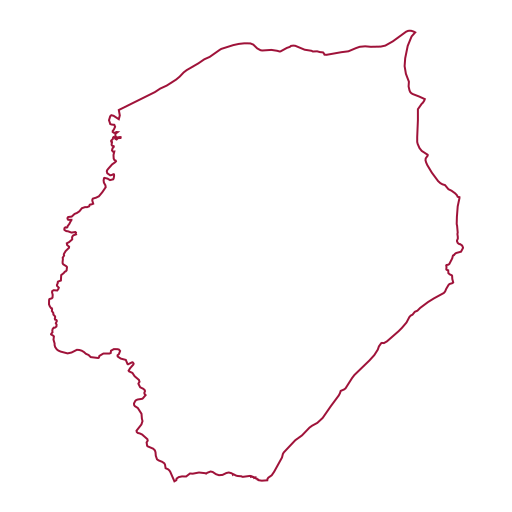 the district of Lospalos, Lautém, East Timor
{"feature_id": "22284137B26175223982630", "entity_name": "Lospalos", "entity_type": "district", "adm_level": 2, "iso_a3": "TLS", "parent_name": "East Timor", "parent_adm1": "Lautém", "projection": "orthographic", "projection_center": [126.99, -8.54], "detail": "fine", "context": "isolated", "style": "outline", "palette": "rose", "viewbox_px": 512, "rotation_deg": 0, "n_neighbors": 0, "source": "geoboundaries", "source_scale": "gbopen_adm2", "svg_char_len": 5933}
<svg xmlns="http://www.w3.org/2000/svg" viewBox="0 0 512 512"><path d="M174.4,481.3L176.3,480.2L176.6,478.6L178.7,477.1L182.0,476.4L186.1,476.5L190.0,473.5L192.7,473.7L199.0,472.5L205.3,473.2L206.1,473.6L207.2,472.8L210.6,471.5L212.7,472.0L216.0,474.2L219.0,475.2L222.5,474.9L226.4,473.0L228.8,472.5L231.4,473.2L232.9,474.1L233.0,474.7L233.6,474.3L236.1,475.6L237.7,476.0L241.4,476.3L242.3,476.8L243.2,476.8L250.0,475.9L250.7,476.0L250.9,476.7L251.6,476.3L252.4,476.6L252.2,476.9L254.7,477.4L254.6,477.7L255.2,477.5L255.1,478.0L255.8,478.1L256.1,478.6L256.9,478.7L257.5,479.6L258.3,479.6L258.6,480.2L261.8,480.7L267.3,480.3L267.5,478.9L268.3,477.7L271.7,475.3L274.1,471.8L282.0,457.5L282.9,453.9L283.8,452.4L295.3,440.2L302.0,435.4L309.5,427.6L312.1,425.7L317.3,422.9L322.7,417.9L330.8,406.2L338.8,395.4L339.9,393.3L340.7,390.9L344.0,389.5L345.5,388.4L352.1,378.0L354.4,375.0L369.4,360.5L374.3,355.1L377.8,349.6L378.9,346.4L381.2,343.2L381.9,342.9L383.9,343.1L386.9,341.4L398.5,331.3L401.9,327.9L406.5,322.5L409.4,317.0L410.8,315.5L412.5,314.7L414.8,311.8L417.4,310.7L420.2,307.9L428.1,302.0L433.9,298.4L443.8,293.0L445.1,291.5L446.2,288.9L448.5,285.0L449.5,284.0L452.5,283.1L453.2,282.4L452.3,279.0L452.1,275.8L451.8,275.3L449.8,274.4L448.4,273.2L448.2,270.3L446.6,269.8L446.3,269.3L446.5,266.9L446.2,265.6L446.5,265.0L448.3,264.7L449.3,264.0L452.2,258.4L452.9,255.7L453.5,255.1L454.0,255.1L455.0,253.8L456.2,253.0L461.0,251.7L462.9,248.2L463.0,247.5L462.1,245.5L460.1,244.1L459.3,244.1L458.4,243.5L457.7,242.9L457.0,241.2L457.0,240.5L457.8,238.7L457.8,236.9L457.4,234.0L457.7,232.6L457.1,225.8L456.7,224.0L456.9,216.8L457.7,206.4L459.5,197.9L459.4,197.1L458.2,197.0L457.6,196.7L456.9,195.2L455.1,193.3L451.5,190.7L448.4,189.2L445.0,185.1L442.4,184.3L440.3,183.1L438.1,181.1L431.8,172.6L427.3,165.1L426.1,162.4L425.5,160.2L425.7,158.4L427.7,155.6L427.7,154.8L421.7,150.9L419.5,148.1L417.7,144.0L417.2,142.0L417.2,137.0L417.9,120.2L417.9,109.2L421.7,103.8L422.9,102.7L424.2,100.7L424.8,99.1L419.1,96.5L412.6,94.0L411.2,93.1L410.2,92.0L409.5,90.4L408.6,86.4L408.9,81.7L405.9,73.8L404.6,66.1L405.2,58.2L407.7,45.9L411.6,36.4L415.2,32.4L413.7,31.6L411.3,30.8L409.5,30.7L408.0,30.9L406.1,31.7L392.9,41.3L385.3,45.6L380.7,46.6L370.7,46.8L365.2,46.3L359.7,46.8L356.0,48.1L348.4,51.3L341.3,52.2L326.6,54.8L324.5,54.7L323.8,53.3L323.0,52.4L320.0,52.1L317.1,51.3L312.9,51.5L311.5,50.8L304.6,49.7L295.3,45.8L293.3,45.6L291.0,45.9L289.8,46.9L286.9,47.9L280.5,51.4L279.6,51.5L277.2,50.8L271.4,49.9L262.2,50.5L260.5,50.2L257.2,48.4L253.3,44.6L250.3,43.4L244.5,43.3L238.9,43.9L233.3,45.1L221.3,48.9L219.8,49.8L209.7,56.9L204.3,59.3L198.3,63.4L186.7,70.1L183.7,72.4L179.6,76.7L176.1,79.6L166.7,85.6L160.2,88.6L154.9,92.1L118.8,110.0L119.8,115.4L118.8,119.2L113.6,115.8L111.3,115.2L110.2,116.3L109.0,120.2L110.3,124.1L111.9,124.6L114.3,124.8L115.1,126.8L113.8,129.6L112.7,131.0L112.7,132.0L113.9,132.8L114.9,132.7L116.5,132.0L117.6,132.1L115.7,133.5L115.4,134.0L115.4,136.2L116.8,137.5L120.2,137.0L120.7,137.2L120.5,138.0L118.0,138.1L116.6,139.5L115.4,138.9L114.7,137.5L113.6,137.0L113.1,137.5L112.7,139.2L111.2,140.6L111.2,141.6L111.9,141.8L112.0,142.5L111.6,144.2L111.7,145.0L112.2,145.7L113.7,146.2L113.8,146.8L112.5,148.3L112.0,150.4L112.9,151.6L114.3,151.5L113.5,155.0L113.7,158.6L114.5,160.1L115.7,160.6L116.0,161.3L115.2,162.2L112.1,164.4L108.2,168.8L107.0,170.4L106.8,171.3L107.3,173.3L110.2,175.3L111.8,175.0L113.4,174.2L114.0,174.4L114.1,175.9L113.7,178.2L113.2,179.3L110.0,180.1L107.5,178.6L104.4,177.9L104.0,178.2L103.6,180.5L103.9,182.6L105.4,185.3L105.7,187.2L102.3,192.2L98.9,196.3L96.0,197.7L92.9,198.6L92.4,199.4L92.3,200.6L93.2,203.7L91.5,204.4L90.2,204.5L89.7,204.8L89.2,206.3L87.2,207.1L85.1,207.1L81.9,208.2L79.4,211.3L76.9,213.0L74.6,213.9L71.7,216.6L68.2,217.0L67.5,218.0L67.5,218.7L68.2,219.8L71.4,219.8L71.3,220.5L70.7,221.1L69.4,223.8L67.6,226.2L67.4,227.1L66.8,227.6L65.4,227.3L64.5,228.1L64.3,229.3L64.5,230.0L66.3,231.1L68.0,231.3L71.5,232.6L75.3,232.0L76.0,232.6L75.7,233.8L76.0,234.4L73.4,235.3L72.7,236.0L72.1,237.2L72.2,239.4L69.1,242.1L66.8,243.3L67.1,245.0L69.1,246.7L69.0,247.8L65.7,251.0L64.1,253.6L63.8,254.3L64.1,255.5L62.7,257.7L62.9,259.2L62.6,261.7L62.6,263.2L63.2,264.3L66.4,266.3L67.0,267.1L66.6,270.4L65.7,271.4L64.8,271.7L63.8,273.0L61.2,275.1L60.9,280.5L58.0,281.6L57.7,282.2L57.8,283.0L56.9,285.0L57.0,285.8L58.8,287.7L58.4,288.9L57.2,290.5L53.7,290.2L52.3,291.0L52.0,292.1L52.7,294.9L52.5,297.6L51.7,298.4L49.5,299.0L49.1,299.9L49.0,304.3L49.8,306.3L51.1,308.2L51.7,308.2L52.1,309.0L51.9,311.0L53.3,313.0L53.4,314.6L54.9,316.2L55.2,317.0L54.8,318.7L55.1,319.6L56.2,319.9L56.7,320.4L56.8,321.2L55.8,323.2L56.6,324.7L56.4,326.5L55.2,327.5L54.2,327.8L53.7,327.7L52.6,329.1L52.3,330.6L52.5,332.3L51.2,333.8L51.1,334.4L53.5,335.9L53.9,336.5L53.5,339.6L54.6,343.5L54.6,345.1L55.2,347.1L56.8,349.4L58.4,350.6L60.7,351.6L67.6,353.4L71.6,352.5L76.9,349.8L79.4,350.0L81.7,350.7L83.9,352.0L85.9,353.8L88.6,355.0L90.7,357.1L98.2,358.0L98.9,357.6L99.4,355.9L102.9,353.8L103.7,353.5L109.5,353.5L110.7,353.0L111.0,350.7L113.9,349.1L117.7,349.2L119.0,349.6L120.1,351.0L118.9,354.1L117.6,355.2L117.5,355.9L117.8,356.6L120.8,358.6L125.8,359.9L127.5,364.0L128.0,364.3L131.9,362.4L132.6,362.3L133.2,362.9L133.6,363.6L133.4,364.5L130.1,368.2L128.6,370.7L129.1,371.4L132.4,372.9L134.6,376.2L138.9,379.9L139.5,381.8L138.4,383.6L138.6,384.2L140.2,387.3L143.3,388.8L144.7,390.1L145.0,391.1L144.3,393.0L144.6,394.0L145.6,395.1L142.8,398.4L142.2,398.8L137.7,399.5L136.2,400.1L135.3,400.9L134.0,403.4L134.1,405.0L134.8,406.1L137.8,408.0L141.5,413.8L141.9,418.7L142.5,421.1L141.4,424.5L136.5,430.7L136.8,432.1L137.9,433.0L139.7,433.4L142.1,434.5L147.4,439.2L147.7,440.7L146.6,442.4L147.1,445.7L147.6,446.3L153.2,448.7L154.9,450.4L155.5,452.3L155.8,455.8L157.0,459.3L158.6,460.4L162.1,461.8L164.3,463.3L165.0,464.6L165.6,468.2L168.1,469.3L169.4,470.5L170.3,471.9L174.4,481.3Z" fill="none" stroke="#9f1239" stroke-width="2"/></svg>